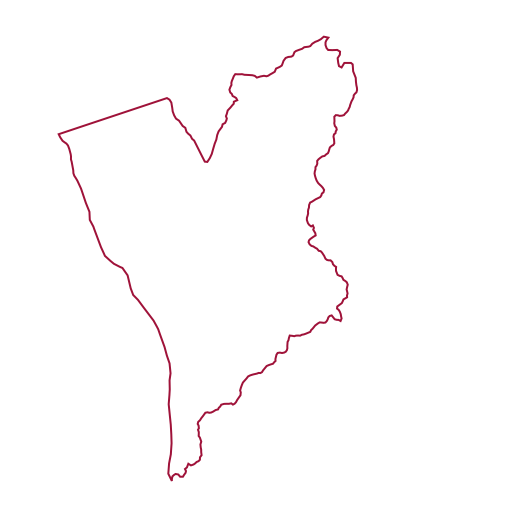 Tucuruí, Pará, Brazil, rotated 161°
{"feature_id": "56859067B45116319118579", "entity_name": "Tucuruí", "entity_type": "district", "adm_level": 2, "iso_a3": "BRA", "parent_name": "Brazil", "parent_adm1": "Pará", "projection": "robinson", "projection_center": [-49.877, -3.798], "detail": "fine", "context": "isolated", "style": "outline", "palette": "rose", "viewbox_px": 512, "rotation_deg": 161, "n_neighbors": 0, "source": "geoboundaries", "source_scale": "gbopen_adm2", "svg_char_len": 5210}
<svg xmlns="http://www.w3.org/2000/svg" viewBox="0 0 512 512"><g transform="rotate(161 256 256)"><path d="M197.2,167.0L195.4,169.1L195.2,171.2L194.8,173.5L194.9,176.2L195.4,178.2L196.5,179.9L195.6,181.8L191.8,183.0L190.2,183.5L188.7,185.0L187.4,186.5L185.2,186.9L183.3,187.3L182.8,189.1L181.6,190.8L181.4,192.7L181.2,194.9L179.8,197.2L178.6,199.0L178.7,201.6L179.7,203.3L181.1,205.0L181.3,207.1L181.7,208.9L183.3,209.9L185.0,211.6L185.2,215.8L184.6,217.8L183.8,219.6L185.0,221.1L185.9,223.1L185.8,225.4L186.9,227.6L188.6,228.2L190.1,229.1L191.2,230.8L191.5,233.9L192.5,237.8L193.3,239.5L195.0,240.5L195.9,243.0L197.2,244.4L198.7,246.4L200.3,247.5L201.5,249.6L201.8,252.0L200.8,253.5L199.1,254.4L195.4,255.5L192.9,256.0L192.5,258.2L193.3,262.3L192.1,263.7L192.3,266.4L194.2,266.0L195.6,268.1L196.2,270.1L196.2,273.5L195.4,275.6L194.1,277.3L192.9,279.2L192.3,281.3L191.4,283.0L190.2,284.5L189.2,286.9L187.4,288.9L185.5,289.1L181.1,290.2L176.1,290.8L174.5,292.0L173.4,293.6L171.5,294.2L170.1,296.3L170.6,298.7L171.5,300.9L172.6,302.9L173.5,304.8L174.1,307.5L174.2,310.1L174.1,312.6L173.8,314.9L172.8,316.9L171.6,318.5L170.8,320.7L169.3,321.7L168.0,323.3L167.2,326.0L165.4,327.1L163.2,327.9L160.9,328.6L158.6,328.3L156.7,329.2L154.5,329.8L153.2,331.2L152.0,333.0L150.8,334.6L148.7,335.5L146.8,335.8L145.3,337.0L144.7,339.1L144.2,341.1L143.9,343.6L142.7,345.6L140.9,346.2L140.0,347.9L138.5,349.2L138.3,351.3L139.1,353.3L138.8,356.0L137.9,357.9L137.2,360.2L136.6,362.2L134.7,363.2L132.8,362.4L131.4,361.3L129.0,360.7L126.9,360.6L125.4,361.6L123.2,362.6L121.6,363.6L120.4,365.0L118.9,366.4L117.9,368.0L115.4,371.1L113.6,372.7L112.1,374.3L111.3,376.1L109.5,377.3L107.8,378.0L106.4,380.0L105.8,382.2L105.5,384.8L104.8,388.1L103.7,392.0L104.0,399.0L102.2,405.7L103.3,407.6L109.6,409.8L113.7,406.4L115.7,408.5L115.4,411.7L114.4,416.5L111.2,419.0L110.0,421.9L112.1,424.4L116.8,425.8L120.7,427.3L121.6,429.6L121.6,432.8L120.7,435.4L119.3,437.0L116.5,438.9L120.5,441.3L124.0,439.9L127.4,439.3L130.3,439.2L133.7,438.4L136.3,436.8L138.1,436.8L142.4,437.7L144.9,436.9L148.1,436.9L151.5,436.8L153.3,436.2L155.6,433.5L157.5,433.0L159.1,433.3L160.7,433.7L163.5,433.6L166.4,431.6L168.4,429.1L169.6,427.7L171.8,427.1L173.6,426.9L176.0,426.7L178.3,424.1L181.0,423.5L183.4,423.1L185.6,422.5L187.5,422.5L189.8,423.8L193.3,424.3L197.1,424.4L198.5,426.7L200.6,428.1L203.9,429.5L207.9,431.1L209.9,432.4L214.0,433.7L216.4,434.7L218.5,433.2L220.0,431.4L221.9,429.3L223.0,427.6L223.5,425.7L225.3,424.0L227.0,421.9L227.1,419.0L226.1,417.1L226.0,414.9L224.4,413.2L223.3,411.7L223.0,409.4L226.7,409.1L227.5,407.2L229.4,406.2L231.8,404.7L235.4,402.8L237.4,399.8L238.9,398.0L238.8,395.5L239.9,393.9L241.8,391.9L244.7,391.4L246.1,389.2L250.8,386.0L253.3,383.0L255.6,379.0L258.5,375.6L261.7,371.1L264.6,366.9L267.8,363.6L271.4,360.8L273.7,361.9L274.7,369.0L276.9,385.3L278.3,387.6L278.8,391.3L280.3,393.7L281.3,396.1L281.1,400.2L283.0,402.8L284.7,409.0L286.9,411.9L287.6,415.6L287.7,419.8L287.0,423.2L286.1,428.6L286.9,432.0L288.8,434.3L379.4,435.2L402.9,435.4L402.5,432.1L402.0,430.1L401.4,427.9L399.9,425.7L398.7,424.1L397.8,421.7L397.7,418.0L397.9,415.1L398.1,412.5L398.5,410.4L399.5,407.6L399.6,405.2L400.9,396.5L401.7,393.7L401.7,391.1L401.0,388.3L400.4,385.4L400.1,382.6L399.5,376.7L399.5,373.3L399.6,361.7L399.1,352.0L401.4,344.2L400.2,336.8L400.2,334.2L399.7,314.9L399.0,307.8L398.8,305.3L395.2,298.7L392.9,294.9L388.1,289.9L386.2,288.2L383.7,279.5L385.0,266.2L384.8,259.1L381.9,253.0L378.9,243.5L373.9,228.3L372.7,221.3L372.3,218.6L372.3,215.1L372.3,213.0L372.1,199.7L372.7,190.8L372.7,182.6L375.0,172.9L378.2,166.6L381.0,157.9L383.3,152.3L386.8,144.3L391.5,124.3L394.1,115.1L396.8,106.4L401.1,96.2L403.8,91.5L405.7,88.2L409.8,78.7L408.8,70.7L408.1,72.6L406.8,74.8L405.0,75.6L403.0,76.1L400.6,74.7L399.6,72.0L396.9,71.1L395.4,72.4L393.2,73.9L392.2,75.5L392.5,77.7L390.1,78.6L388.9,80.1L387.6,81.6L385.7,79.2L382.9,79.2L381.1,79.7L379.2,80.6L377.2,80.7L375.4,81.6L374.5,83.9L372.3,85.4L371.7,88.3L370.9,90.7L370.6,93.0L369.9,95.9L368.2,98.3L368.2,102.6L368.8,104.5L368.1,106.2L367.4,108.2L367.4,110.6L366.1,111.7L365.5,114.3L365.8,116.2L364.6,118.0L362.5,118.9L360.5,120.5L358.3,121.9L354.9,124.3L352.7,124.0L351.3,123.0L349.5,122.6L347.3,122.8L344.3,123.5L341.8,123.3L340.6,124.6L338.9,125.3L337.3,126.7L334.5,126.6L332.1,125.9L329.9,125.1L327.3,124.7L326.2,123.0L324.3,123.3L322.5,124.3L320.8,125.9L318.5,127.6L316.0,129.4L314.8,132.0L314.8,134.0L313.3,136.2L311.4,138.6L309.6,140.6L307.5,141.8L304.8,143.3L302.7,144.7L300.6,145.0L298.9,145.0L296.9,144.9L295.2,144.7L293.2,144.5L291.6,144.6L290.0,143.9L288.2,144.2L286.5,145.6L281.8,148.5L279.5,148.7L277.3,148.7L275.0,148.6L273.5,149.6L271.7,150.4L271.2,152.2L268.8,156.0L267.1,157.3L264.9,156.9L263.0,155.8L260.8,155.5L259.0,155.8L257.4,157.0L256.4,158.5L255.7,160.7L254.1,164.5L252.7,165.8L251.6,167.7L250.0,169.8L247.7,168.7L245.9,167.7L244.2,167.7L242.1,167.1L240.2,166.3L238.3,166.6L236.3,166.3L234.4,166.3L229.4,166.6L228.0,168.0L226.2,168.8L222.7,171.0L219.4,172.1L217.4,172.5L215.6,171.7L213.8,170.8L212.0,170.5L210.2,171.5L208.8,172.8L207.6,174.4L205.9,175.3L203.8,175.2L202.2,170.6L200.5,169.4L198.7,168.7L197.2,167.0Z" fill="none" stroke="#9f1239" stroke-width="2"/></g></svg>